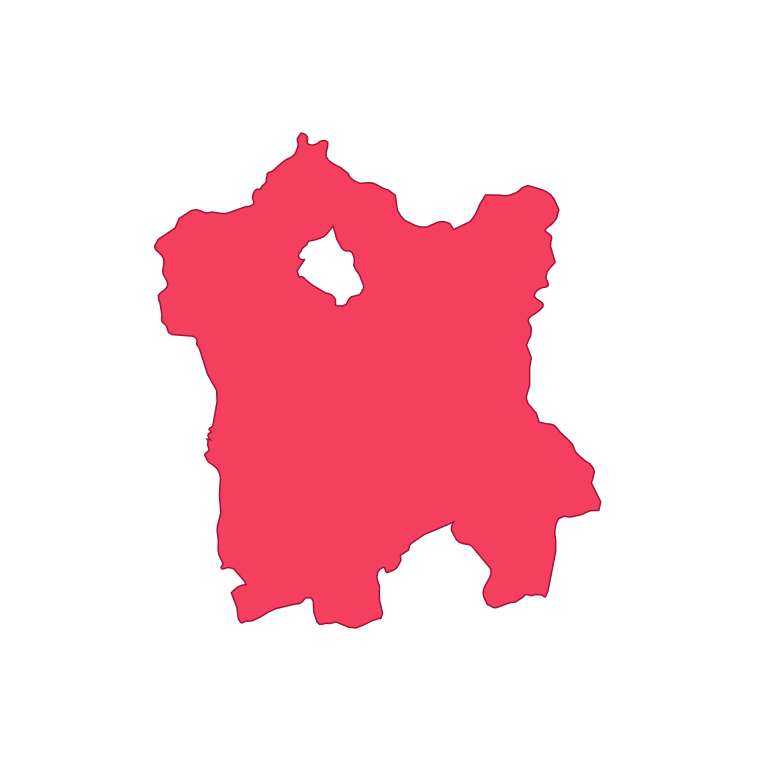 SVG path tracing the border of Niederösterreich, rotated 244°
{"feature_id": "AUT-2330", "entity_name": "Niederösterreich", "entity_type": "State", "adm_level": 1, "iso_a3": "AUT", "parent_name": "Austria", "parent_adm1": "", "projection": "mercator", "projection_center": [15.834, 48.226], "detail": "fine", "context": "isolated", "style": "filled", "palette": "rose", "viewbox_px": 768, "rotation_deg": 244, "n_neighbors": 0, "source": "natural_earth", "source_scale": "10m", "svg_char_len": 5596}
<svg xmlns="http://www.w3.org/2000/svg" viewBox="0 0 768 768"><g transform="rotate(244 384 384)"><path d="M236.7,150.1L247.8,153.9L263.3,155.2L264.7,159.5L265.6,163.6L265.5,167.7L264.2,172.0L268.1,172.1L283.3,168.0L284.3,167.4L287.1,164.0L287.7,162.4L288.2,158.4L289.0,157.1L290.5,157.1L291.5,158.4L292.4,159.9L293.3,160.6L302.6,160.7L307.1,161.9L316.6,166.8L325.5,169.8L329.7,172.3L339.6,180.8L344.1,182.6L356.0,187.2L371.4,195.9L375.8,197.0L380.4,197.0L383.8,195.9L390.8,192.2L392.6,191.8L398.6,191.7L399.8,192.6L400.6,196.3L401.6,197.9L402.9,198.4L406.7,198.7L408.9,200.3L410.4,201.0L412.1,200.9L410.0,203.6L412.5,203.0L414.8,203.1L416.3,204.4L416.5,207.6L419.8,206.8L420.9,208.0L420.9,210.1L421.2,211.6L441.2,226.2L451.7,230.8L470.1,229.7L497.9,233.8L498.1,233.6L502.2,233.0L504.8,235.1L505.9,235.5L509.1,234.6L511.2,232.5L521.3,215.2L524.8,212.9L530.5,213.8L532.6,213.7L536.2,212.1L538.0,211.9L539.8,212.5L543.2,214.7L555.1,218.2L558.8,218.6L562.6,220.1L564.1,223.8L564.9,228.1L566.3,231.7L568.9,233.5L572.1,234.1L579.6,233.7L582.7,234.8L589.9,239.6L593.5,240.9L597.3,240.5L605.0,237.7L608.3,238.0L613.0,244.6L615.7,264.6L622.6,272.6L624.4,286.6L623.4,290.4L622.9,291.9L619.7,295.4L616.4,298.0L614.9,300.9L613.9,304.9L608.7,312.4L606.6,316.4L605.8,320.7L604.1,336.7L603.5,338.6L603.1,339.4L602.7,340.8L602.6,344.1L603.2,345.9L604.7,346.8L608.7,347.3L609.9,347.9L612.0,349.7L614.0,351.9L614.9,354.3L614.5,355.6L613.7,357.4L613.3,358.9L614.2,359.5L614.7,360.1L615.4,361.6L616.0,363.3L616.3,364.7L616.9,366.5L618.4,367.4L620.2,368.3L622.4,370.3L623.7,370.7L624.4,371.7L624.6,373.0L624.3,376.5L624.4,377.9L627.5,388.6L628.5,394.0L628.5,400.5L629.9,405.1L634.9,410.6L637.6,412.3L640.8,412.8L642.9,414.1L645.9,419.6L643.4,422.2L642.1,422.9L640.3,423.4L638.0,422.9L636.3,421.7L634.2,420.6L632.7,421.2L630.1,424.0L629.4,428.4L629.5,430.5L630.1,432.8L629.8,435.2L628.4,438.0L626.0,439.5L622.8,437.8L616.8,433.1L613.7,431.7L609.6,432.1L605.0,434.3L596.9,440.2L588.5,444.2L586.2,443.9L583.9,444.3L579.7,446.3L574.8,450.4L572.0,457.8L569.9,461.5L567.2,464.1L560.3,469.0L556.4,472.9L548.7,476.9L534.7,472.3L527.8,472.7L522.0,474.4L512.4,481.9L509.3,485.3L506.3,491.1L505.9,502.6L505.1,506.1L503.9,508.7L501.5,511.5L499.2,513.5L492.3,514.3L492.2,532.3L493.8,536.0L496.8,541.2L503.6,549.1L509.4,558.2L502.9,571.0L501.6,572.9L499.7,576.4L498.6,579.8L498.0,586.3L498.6,590.5L499.7,594.0L499.6,597.6L499.2,600.5L488.8,611.7L485.6,614.2L480.6,616.9L475.6,617.9L464.1,617.6L457.3,611.7L455.2,607.4L453.9,604.2L453.7,602.9L453.5,600.8L452.9,598.7L452.3,597.3L451.7,596.4L450.7,596.0L446.0,598.4L444.1,599.1L442.7,599.0L441.1,598.4L439.3,596.6L434.4,593.9L418.2,591.1L415.7,584.4L413.3,579.7L408.1,575.8L403.3,575.8L401.8,575.4L400.5,574.7L400.0,572.8L400.3,571.5L401.2,568.7L401.4,566.6L401.3,564.6L401.0,563.0L400.7,562.0L399.5,559.7L398.5,558.5L396.9,557.6L394.4,558.1L387.7,561.8L385.6,561.9L383.7,560.6L382.2,556.7L381.5,553.4L380.3,544.8L379.3,542.7L377.9,541.4L375.4,540.9L373.7,541.2L371.8,541.2L369.5,540.7L365.7,538.7L362.9,536.8L360.5,533.5L356.4,529.1L343.0,527.9L335.4,522.4L318.9,514.3L310.6,506.6L307.4,505.3L303.4,504.9L291.2,507.9L289.8,507.9L281.6,506.7L276.2,513.7L275.1,515.9L273.1,518.2L271.0,519.5L263.4,521.2L253.2,525.1L247.1,526.9L245.2,527.0L241.9,526.3L238.9,526.5L234.9,527.6L226.9,531.0L222.0,534.0L216.9,535.2L212.8,534.6L206.8,529.6L204.9,527.6L203.8,527.0L183.1,527.1L176.2,521.6L179.6,514.3L179.9,510.7L180.1,503.8L182.8,492.9L186.3,487.8L186.4,482.2L185.0,479.9L182.9,477.4L178.7,474.2L174.4,471.7L168.2,469.8L157.8,464.6L125.7,440.3L122.1,436.0L122.3,434.7L123.9,434.2L124.8,433.6L125.7,432.7L128.5,427.5L128.8,426.5L128.7,425.0L128.9,424.2L129.2,423.6L131.5,421.0L132.5,419.1L132.6,418.0L132.2,417.2L131.7,416.3L131.4,415.2L130.5,406.7L130.9,405.0L131.9,402.6L132.4,400.0L133.6,388.1L133.9,386.2L134.3,385.6L134.6,385.0L135.2,384.3L136.6,383.2L137.9,382.5L140.5,380.2L149.5,380.4L152.9,381.6L155.9,383.6L158.5,386.6L163.9,394.4L167.3,397.5L171.4,398.8L199.9,391.9L202.7,389.6L205.6,385.4L208.5,382.5L212.1,380.9L222.0,380.4L224.2,381.0L226.6,382.5L229.6,386.1L229.7,379.4L231.1,353.7L228.8,338.8L227.7,336.2L224.0,333.3L222.9,323.6L218.0,321.8L213.5,315.5L212.6,312.5L212.6,309.8L212.9,308.0L213.0,305.3L213.1,304.3L213.5,303.7L214.3,303.5L218.8,303.9L219.4,303.4L219.6,302.1L219.3,299.0L217.3,295.7L214.5,293.4L211.2,292.2L204.0,291.2L197.6,287.8L191.1,285.1L178.6,282.2L175.0,278.8L174.6,277.9L175.5,276.9L176.5,269.1L176.4,259.9L177.1,251.8L180.8,245.7L191.3,236.5L192.3,230.7L194.3,227.2L195.1,223.5L196.3,220.7L199.3,219.5L209.6,220.9L219.9,225.2L223.9,224.8L226.2,219.5L225.8,219.0L224.9,217.0L224.0,214.6L223.7,212.7L224.0,210.6L225.4,206.8L229.6,187.9L229.7,179.5L228.8,170.3L228.9,161.7L231.6,155.3L231.4,153.6L231.4,152.2L231.8,151.2L232.4,150.7L236.7,150.1ZM530.6,367.1L530.1,366.3L524.6,356.8L523.5,355.3L517.3,354.7L516.6,357.1L515.0,358.4L511.6,359.4L504.6,362.8L491.2,371.5L490.1,373.2L487.8,375.3L486.2,376.4L483.6,377.1L481.0,377.4L476.1,375.0L474.7,376.6L473.4,378.6L472.9,379.7L472.2,381.9L472.1,384.6L473.8,387.3L475.3,389.0L476.1,390.9L476.7,392.7L475.0,401.2L476.6,404.2L477.8,405.5L478.6,407.4L481.0,408.7L493.1,409.8L498.4,408.8L503.7,408.7L506.4,410.6L510.0,412.3L511.9,412.7L516.3,412.9L518.4,411.4L519.4,410.3L520.0,408.7L520.7,407.7L522.3,406.3L525.2,405.5L534.5,405.0L548.3,407.5L544.0,398.5L542.7,394.3L543.6,386.1L545.1,379.9L545.3,378.9L545.0,378.2L544.5,377.1L543.0,375.6L542.2,371.8L541.6,369.6L539.5,367.3L538.5,364.8L536.4,362.9L532.7,363.5L531.4,365.7L530.8,367.0L530.6,367.1Z" fill="#f43f5e" stroke="#9f1239" stroke-width="1.5"/></g></svg>